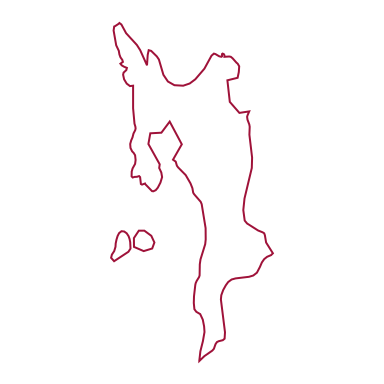 SVG path tracing the border of Leyte
{"feature_id": "PHL-2583", "entity_name": "Leyte", "entity_type": "Province", "adm_level": 1, "iso_a3": "PHL", "parent_name": "Philippines", "parent_adm1": "", "projection": "equal_earth", "projection_center": [124.655, 10.871], "detail": "fine", "context": "isolated", "style": "outline", "palette": "rose", "viewbox_px": 384, "rotation_deg": 0, "n_neighbors": 0, "source": "natural_earth", "source_scale": "10m", "svg_char_len": 2553}
<svg xmlns="http://www.w3.org/2000/svg" viewBox="0 0 384 384"><path d="M159.7,164.3L159.2,168.0L161.3,172.5L162.1,177.1L160.4,182.7L157.8,187.7L155.7,190.2L153.3,191.3L152.0,191.1L145.3,184.2L145.0,183.5L142.0,184.6L140.9,184.0L140.1,177.1L139.1,176.1L136.9,176.8L134.6,176.9L132.7,177.5L131.6,176.4L131.7,171.6L132.6,168.4L135.1,163.9L135.6,160.0L135.1,155.3L133.8,153.1L132.1,151.3L130.5,148.0L130.2,144.0L131.2,140.4L132.5,137.4L133.5,133.5L135.2,130.2L135.6,128.5L135.4,126.7L134.5,123.7L133.1,108.3L133.1,85.7L130.0,86.1L126.7,83.6L124.1,79.3L123.1,74.7L123.6,72.6L126.3,70.1L126.9,67.9L124.0,66.7L121.8,65.4L120.4,63.7L122.9,61.9L122.3,59.9L120.5,57.4L119.4,54.4L118.8,50.8L116.2,45.3L113.6,30.5L114.2,26.5L115.0,26.2L118.8,23.7L119.4,23.0L121.4,24.5L126.1,33.2L136.9,45.0L140.2,50.2L147.0,65.3L147.7,54.9L148.7,50.2L151.2,50.9L156.8,56.4L158.9,59.5L163.4,74.8L167.9,81.5L174.4,85.2L183.2,85.7L189.7,83.5L195.3,79.3L204.4,68.7L211.5,55.7L213.9,53.6L215.5,54.1L219.2,56.3L221.4,56.8L222.1,56.3L222.0,54.1L222.6,53.6L223.8,54.1L224.4,55.2L224.6,56.3L224.5,56.8L229.2,56.5L230.8,56.8L232.6,58.3L236.5,62.7L237.7,63.7L239.2,66.3L238.8,72.1L237.6,77.8L227.4,80.3L229.8,101.9L239.4,112.9L249.2,111.4L247.5,115.4L247.1,116.8L247.5,119.7L249.3,124.5L249.7,126.8L249.4,134.7L252.1,157.6L251.8,168.0L244.5,198.5L243.3,210.1L244.7,220.6L247.1,223.5L258.1,230.5L262.6,232.3L264.2,233.3L264.9,235.3L266.1,242.5L272.9,253.3L271.1,255.1L267.1,256.8L264.2,259.1L261.9,262.4L259.9,267.0L256.9,272.7L253.3,275.5L249.0,276.8L235.6,278.4L231.6,279.5L228.2,282.0L225.8,285.3L223.2,290.0L221.3,295.2L220.9,299.5L225.0,332.3L224.6,338.7L222.8,340.2L218.7,341.2L216.9,342.1L215.5,344.2L213.9,348.8L212.3,350.6L204.4,356.1L199.3,361.0L199.3,360.8L200.4,351.2L202.9,341.2L204.5,332.0L204.1,326.4L202.8,319.7L200.2,314.1L196.3,311.8L194.4,309.2L193.8,303.0L194.0,296.3L195.3,284.9L195.7,283.1L196.7,280.9L199.1,277.0L199.6,275.4L199.8,264.3L200.5,259.4L205.2,244.2L205.7,239.5L205.6,228.1L201.7,204.2L200.7,201.8L194.2,194.3L193.2,192.7L192.4,188.2L190.5,183.4L185.7,175.1L178.1,167.4L176.9,165.7L175.7,161.6L173.0,159.7L181.8,144.3L169.7,121.6L161.4,132.7L150.3,133.3L148.4,144.0L159.7,164.3ZM128.6,236.2L129.6,239.1L130.2,242.2L130.5,248.6L128.4,251.8L114.1,261.2L111.1,257.8L111.9,254.6L114.2,251.1L115.5,246.8L115.7,243.4L116.5,239.6L117.6,236.0L119.1,233.1L121.5,231.2L124.2,231.5L126.7,233.3L128.6,236.2ZM144.4,230.7L151.3,235.8L154.4,242.5L152.2,248.5L143.7,251.1L134.0,246.9L133.9,238.1L138.8,230.7L144.4,230.7Z" fill="none" stroke="#9f1239" stroke-width="2"/></svg>